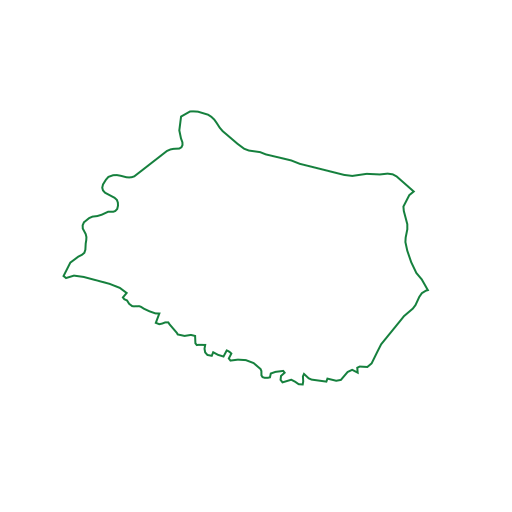 map outline of Botosani (Mercator projection), rotated 142°
{"feature_id": "ROU-287", "entity_name": "Botosani", "entity_type": "County", "adm_level": 1, "iso_a3": "ROU", "parent_name": "Romania", "parent_adm1": "", "projection": "mercator", "projection_center": [26.907, 47.851], "detail": "fine", "context": "isolated", "style": "outline", "palette": "green", "viewbox_px": 512, "rotation_deg": 142, "n_neighbors": 0, "source": "natural_earth", "source_scale": "10m", "svg_char_len": 2346}
<svg xmlns="http://www.w3.org/2000/svg" viewBox="0 0 512 512"><g transform="rotate(142 256 256)"><path d="M236.6,100.0L242.3,105.0L245.0,105.6L247.7,101.5L250.3,107.1L255.2,108.2L265.4,106.1L269.6,108.3L275.2,115.4L277.9,113.7L288.3,124.4L289.8,127.2L290.8,133.5L293.2,132.2L296.0,128.1L298.3,126.0L301.3,128.7L302.6,132.9L304.4,136.8L312.9,140.1L312.9,143.3L310.1,146.1L305.3,146.4L305.3,148.7L312.0,152.7L316.7,154.3L319.7,151.8L321.8,152.8L324.1,154.6L325.4,156.5L325.4,156.8L325.2,158.6L322.6,162.0L322.0,164.1L323.8,173.1L328.1,180.2L334.1,185.5L340.5,189.3L340.5,192.0L335.5,194.3L335.7,195.9L336.1,197.3L336.6,198.5L337.2,199.6L343.5,196.8L346.8,201.5L349.0,206.5L352.3,204.6L355.2,207.9L355.4,211.3L353.7,214.6L350.8,217.2L356.0,221.4L357.5,222.3L357.5,223.0L357.5,224.5L353.2,230.5L355.9,233.9L361.5,237.0L366.0,242.4L365.7,244.0L366.2,255.4L366.0,257.7L368.5,259.6L371.5,260.5L374.2,261.8L376.1,265.0L367.6,270.2L370.6,272.7L374.0,278.0L376.8,283.5L377.9,286.7L378.9,288.3L383.3,291.6L384.5,292.8L384.6,293.4L385.4,296.4L385.0,300.4L386.4,303.0L386.4,305.3L380.7,306.5L382.9,314.6L388.6,324.3L404.7,345.6L411.5,352.6L419.3,355.6L419.5,356.7L420.0,358.7L406.4,365.1L396.4,364.9L392.4,364.1L389.3,364.2L386.6,366.0L382.4,370.8L380.0,373.0L378.0,375.3L376.7,378.1L375.6,384.3L373.7,386.9L370.8,388.5L364.1,388.6L360.6,387.7L356.5,385.2L352.1,383.5L345.2,381.9L341.1,378.7L339.2,378.1L336.4,378.5L333.7,380.7L332.0,383.1L331.1,385.8L331.6,388.9L336.0,398.8L336.2,401.9L335.1,404.5L332.5,406.6L327.3,408.5L323.6,409.2L318.8,407.6L315.8,405.4L313.3,402.6L309.6,397.8L307.6,396.0L305.4,394.6L302.9,393.7L261.5,393.6L257.7,392.6L255.0,391.2L250.3,387.9L247.8,387.6L245.6,388.7L244.0,390.9L242.7,394.9L239.1,402.2L229.2,412.0L219.0,410.5L216.4,408.6L212.9,405.5L206.8,396.9L205.5,393.2L204.9,389.1L205.1,384.9L205.6,379.5L205.4,374.9L201.5,355.8L199.3,347.8L196.7,343.5L188.8,335.3L185.7,330.0L169.4,309.6L164.7,301.6L136.6,265.6L130.8,259.8L118.2,252.6L108.2,244.0L101.6,239.9L98.0,236.2L96.2,232.1L92.0,209.7L97.7,209.6L109.4,204.2L111.8,200.5L117.2,187.9L120.3,183.9L126.7,178.4L129.7,175.0L133.5,167.1L137.5,155.6L140.1,143.9L139.8,135.5L141.6,123.3L143.6,124.1L148.2,124.6L152.4,123.3L160.6,119.1L164.8,118.0L176.5,117.5L180.6,116.5L211.7,109.4L219.2,105.9L231.0,100.2L236.6,100.0Z" fill="none" stroke="#15803d" stroke-width="2"/></g></svg>